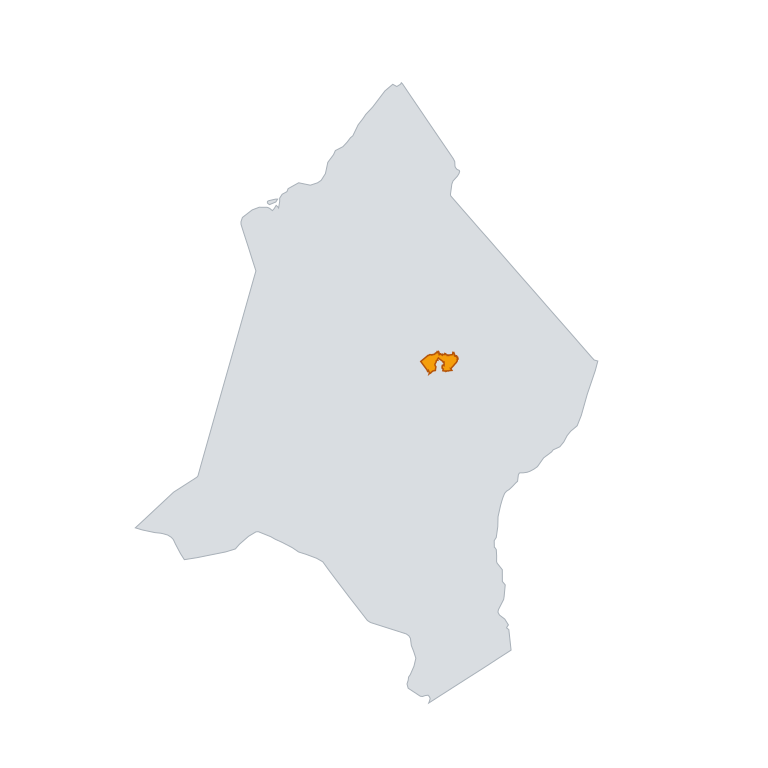 Kieni, Central, Kenya (highlighted), rotated 196°
{"feature_id": "3690345B61847449937296", "entity_name": "Kieni", "entity_type": "district", "adm_level": 2, "iso_a3": "KEN", "parent_name": "Kenya", "parent_adm1": "Central", "projection": "natural_earth1", "projection_center": [36.912, -0.221], "detail": "fine", "context": "in_parent", "style": "filled", "palette": "amber", "viewbox_px": 768, "rotation_deg": 196, "n_neighbors": 0, "source": "geoboundaries", "source_scale": "gbopen_adm2", "svg_char_len": 6549}
<svg xmlns="http://www.w3.org/2000/svg" viewBox="0 0 768 768"><g transform="rotate(196 384 384)"><path d="M184.8,465.0L184.6,455.2L185.8,430.1L185.7,408.1L186.8,397.1L191.5,390.1L193.7,385.0L195.2,377.9L197.7,372.1L203.2,367.4L204.2,364.9L210.2,357.0L213.7,346.9L216.4,343.5L219.7,340.3L222.1,338.6L225.9,336.9L229.0,336.0L229.5,335.2L229.8,333.6L228.8,327.3L230.1,325.2L232.2,321.1L234.5,317.2L236.7,314.7L237.9,312.1L238.4,307.7L238.5,304.6L238.5,299.5L237.8,287.9L235.3,278.2L233.8,267.4L234.9,263.8L232.9,257.4L232.0,257.1L230.4,255.7L228.3,249.7L226.8,244.2L225.8,242.9L219.1,238.1L215.8,226.8L212.1,224.3L210.0,213.1L209.6,209.9L211.8,198.7L211.6,196.1L209.3,193.7L203.1,191.3L198.0,186.7L198.6,185.1L199.0,183.4L196.3,182.3L188.5,163.2L198.6,151.7L208.7,140.0L221.7,125.3L233.6,111.8L243.9,100.1L253.1,89.6L252.9,91.6L252.9,94.3L254.1,95.9L255.9,97.0L258.6,95.8L260.9,94.2L263.1,93.9L276.9,98.2L279.2,102.0L279.1,106.1L279.6,109.0L278.6,112.0L277.4,121.0L277.8,129.2L281.9,135.3L285.6,140.1L288.5,146.8L290.7,148.8L293.7,149.9L303.2,150.2L317.2,150.6L330.7,151.0L331.9,151.2L334.8,152.1L347.2,161.2L358.6,169.5L368.2,176.7L377.6,183.7L386.7,190.6L393.8,196.2L400.7,197.9L412.0,198.8L419.8,199.0L427.0,201.4L437.8,203.6L445.8,204.8L450.7,206.0L464.1,207.4L466.3,206.6L472.2,200.3L478.8,190.1L481.4,184.5L490.0,178.9L505.1,171.1L515.7,165.6L527.5,160.1L532.9,164.9L540.3,172.6L543.6,176.4L546.2,178.0L550.3,179.2L555.2,179.2L557.8,179.0L563.3,178.0L576.1,177.1L583.4,177.2L577.2,187.4L569.9,199.6L556.4,222.1L546.0,233.9L538.2,242.8L537.5,244.4L537.6,254.4L537.7,278.8L537.9,327.5L538.0,376.2L538.2,424.9L538.3,449.2L538.3,457.4L545.2,467.7L551.8,477.7L560.7,490.9L565.4,498.0L566.2,500.4L566.0,505.1L558.7,515.0L552.7,519.5L544.7,521.7L542.3,521.3L539.1,519.9L537.9,522.3L536.9,526.0L535.2,525.2L533.8,524.1L534.6,530.7L535.5,533.9L534.2,538.3L530.3,542.2L530.0,545.4L521.5,553.9L509.6,554.8L503.3,559.1L500.5,562.5L498.3,570.1L499.1,581.6L495.7,590.6L495.1,595.0L488.9,600.8L486.2,606.1L484.1,611.5L482.4,613.9L480.3,626.0L477.4,633.3L476.6,635.7L475.9,638.0L473.7,642.3L472.2,645.2L471.2,647.2L463.9,666.0L458.2,674.5L453.7,673.5L450.7,676.8L450.4,678.4L448.8,677.5L445.1,674.4L437.5,668.0L429.8,661.6L422.1,655.2L414.5,648.8L406.8,642.4L399.1,636.0L391.5,629.7L383.8,623.3L379.3,619.5L377.3,617.3L375.8,612.9L375.0,611.8L373.0,610.4L370.6,610.1L369.9,609.3L369.9,607.1L370.7,604.1L373.6,598.2L373.9,594.8L373.3,590.8L372.4,584.6L371.7,583.2L366.6,579.9L356.0,573.0L345.3,566.1L334.7,559.2L324.0,552.4L313.4,545.5L302.7,538.6L292.1,531.7L281.4,524.8L270.8,518.0L260.1,511.1L249.5,504.2L238.8,497.3L228.2,490.5L217.5,483.6L206.9,476.7L196.2,469.8L192.2,467.2L188.6,465.0L184.8,465.0ZM539.1,531.9L537.2,532.4L538.2,529.1L543.6,524.8L545.9,525.8L546.3,526.8L546.2,527.6L545.2,528.5L539.1,531.9Z" fill="#d9dde1" stroke="#a8b0b8" stroke-width="1"/><path d="M345.5,408.2L345.1,409.2L344.9,408.9L344.8,408.7L344.6,408.7L344.5,408.4L344.4,408.3L344.2,408.2L343.9,407.9L343.7,407.7L343.6,407.3L343.4,407.1L343.5,406.9L343.4,406.6L343.4,406.4L343.4,406.2L343.2,406.5L343.1,406.8L343.0,407.2L342.6,407.0L342.1,407.5L342.1,407.8L340.9,409.6L340.8,409.8L339.4,410.7L339.0,410.8L338.8,411.0L338.5,411.0L338.4,411.1L338.5,411.3L338.4,411.4L338.4,411.5L338.6,412.5L338.8,414.4L338.8,414.6L338.8,414.8L339.0,415.0L339.3,415.3L339.5,415.4L339.6,415.5L339.8,415.6L339.9,415.8L340.0,416.0L340.3,416.4L340.4,416.7L340.4,416.9L340.5,417.1L339.9,419.8L340.2,420.4L340.2,420.5L340.1,420.8L340.0,421.0L339.9,421.0L339.7,421.2L339.7,421.4L339.4,421.6L339.2,421.7L339.1,421.8L338.9,421.8L339.4,422.7L339.2,423.3L338.9,424.1L337.4,423.3L334.3,422.2L333.5,421.9L333.4,421.9L333.2,421.6L333.1,421.3L332.4,421.7L331.6,419.4L331.8,419.3L331.5,418.5L331.5,418.4L331.8,418.4L331.7,418.3L331.8,418.3L332.0,418.4L332.3,418.3L332.3,418.1L332.5,417.9L332.8,417.8L332.8,417.7L332.8,417.4L333.0,417.5L333.0,417.4L333.1,417.2L333.0,416.9L332.9,416.8L332.8,416.7L332.8,416.3L332.7,416.2L332.5,415.9L332.5,415.6L332.6,415.4L332.1,415.0L331.9,414.9L331.1,414.8L331.1,413.0L329.1,413.2L327.9,413.6L327.8,413.3L327.1,413.9L327.0,414.0L325.4,414.4L325.1,414.8L322.5,415.8L324.0,417.1L323.7,417.1L323.7,417.5L323.5,418.3L323.1,419.1L322.1,421.0L321.9,421.5L321.8,421.9L320.5,424.4L320.3,424.9L320.3,425.1L320.3,425.4L320.3,425.5L320.1,425.7L320.1,425.9L320.0,426.3L320.0,426.6L320.1,427.0L320.3,427.4L320.4,427.6L319.9,428.0L319.7,428.3L319.7,428.5L319.8,428.7L319.9,428.8L320.0,428.8L320.4,428.9L320.5,429.0L320.8,429.1L321.1,429.4L321.1,429.5L320.8,430.0L320.7,430.1L321.0,430.2L321.4,430.2L321.5,430.3L321.6,430.5L321.7,430.8L321.8,430.9L321.9,431.0L322.0,431.1L322.3,430.9L322.5,430.9L322.5,430.7L322.8,430.5L322.9,430.4L323.0,430.5L323.2,430.4L323.3,430.4L323.6,430.3L323.8,430.4L323.8,430.6L324.1,430.7L324.1,430.8L324.1,431.0L324.2,431.3L324.1,431.5L324.3,431.8L324.4,432.0L324.5,432.0L324.7,432.3L324.8,432.4L324.9,432.5L325.1,432.6L325.1,432.8L325.2,433.0L325.3,433.2L325.5,433.3L325.6,433.5L325.8,433.4L326.0,433.3L326.3,433.4L326.5,433.4L326.2,431.2L327.7,430.5L328.0,430.4L329.6,429.7L329.6,429.3L329.8,429.3L330.0,429.3L330.1,429.2L330.2,429.3L330.3,429.4L330.5,429.5L330.6,429.4L330.6,429.5L330.8,429.5L331.1,429.4L331.3,429.3L331.6,429.3L331.8,429.3L332.0,429.3L332.3,429.2L332.4,429.3L332.5,429.4L332.7,429.6L332.9,429.9L333.0,429.8L333.4,430.0L333.6,430.0L333.9,430.1L334.0,429.1L334.2,428.9L334.3,429.0L334.6,428.9L334.6,429.0L334.6,428.9L334.8,428.8L335.0,428.8L335.5,428.6L335.9,428.8L336.1,428.5L336.0,427.8L337.1,428.1L337.6,428.3L337.7,428.6L337.9,428.6L337.8,428.3L339.0,427.3L339.1,427.5L339.8,428.7L339.7,428.8L339.8,428.9L339.7,428.9L339.8,429.0L339.8,429.3L339.8,429.5L340.0,429.8L340.2,430.0L340.3,430.1L340.5,430.2L340.6,430.3L340.7,430.2L340.9,430.3L341.1,430.2L341.1,429.9L341.2,429.6L340.9,429.4L341.0,429.4L341.0,429.2L341.3,429.1L341.4,428.9L341.5,428.7L341.8,428.7L341.8,428.9L341.9,429.0L341.9,428.9L342.0,428.9L342.2,428.6L342.4,428.5L342.4,428.4L342.5,428.2L342.8,427.9L343.0,427.8L343.2,427.7L343.3,427.5L343.3,427.3L343.4,427.0L343.4,426.9L343.5,426.7L343.7,426.4L344.1,426.3L344.3,426.3L344.4,426.2L344.5,426.1L344.7,425.9L344.8,425.9L345.0,425.8L345.2,425.7L345.3,425.7L345.5,425.5L345.9,425.5L346.0,425.4L346.0,425.1L346.3,425.0L346.6,425.1L346.8,425.0L347.0,425.0L347.5,425.0L348.0,424.9L348.3,424.6L348.6,424.3L348.8,424.0L349.1,423.8L349.1,423.7L349.4,423.6L349.6,423.6L354.9,415.8L346.4,409.3L346.2,409.1L346.1,408.9L346.1,408.7L345.9,408.5L345.8,408.4L345.6,408.3L345.5,408.2Z" fill="#f59e0b" stroke="#b45309" stroke-width="1.5"/></g></svg>